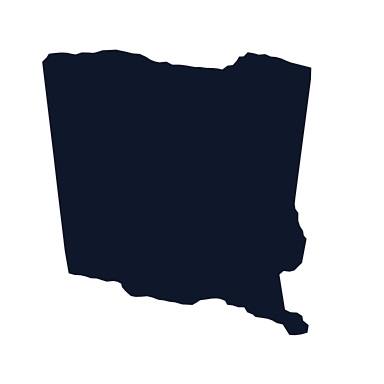 outline of Itapitanga, Bahia, Brazil, rotated 83°
{"feature_id": "56859067B28252352486824", "entity_name": "Itapitanga", "entity_type": "district", "adm_level": 2, "iso_a3": "BRA", "parent_name": "Brazil", "parent_adm1": "Bahia", "projection": "natural_earth1", "projection_center": [-39.607, -14.466], "detail": "fine", "context": "isolated", "style": "filled", "palette": "ink", "viewbox_px": 384, "rotation_deg": 83, "n_neighbors": 0, "source": "geoboundaries", "source_scale": "gbopen_adm2", "svg_char_len": 1627}
<svg xmlns="http://www.w3.org/2000/svg" viewBox="0 0 384 384"><g transform="rotate(83 192 192)"><path d="M83.6,59.3L81.0,66.0L78.1,73.4L76.3,78.2L73.7,83.0L71.1,87.3L69.0,92.3L67.9,97.6L64.8,102.8L64.6,109.1L62.6,113.9L60.9,119.5L64.5,123.9L64.1,128.4L67.4,130.8L71.7,135.7L71.7,141.3L75.0,146.9L73.3,151.5L72.2,156.5L71.3,162.8L69.7,168.7L69.1,173.9L67.9,177.9L66.4,182.6L64.8,189.2L63.9,196.4L60.3,201.6L60.1,208.7L58.9,212.5L56.6,217.1L52.9,221.5L49.3,227.3L47.9,234.3L45.1,241.6L43.5,246.4L42.2,250.1L41.8,256.0L41.2,263.4L42.3,269.2L42.7,273.2L41.8,277.3L40.8,284.5L42.1,290.6L40.8,295.2L39.4,298.9L38.4,304.6L38.1,311.3L38.1,316.9L41.2,319.3L44.9,324.1L85.8,324.2L138.6,324.3L164.8,324.5L191.7,324.6L210.4,324.6L234.8,324.7L257.1,323.6L259.3,318.4L260.3,312.6L262.3,307.1L264.5,302.8L265.5,296.8L269.8,287.5L270.0,280.6L271.3,276.7L273.8,272.8L277.7,272.3L281.2,270.0L284.0,267.7L287.1,264.9L288.5,260.6L289.0,255.3L289.2,249.2L291.1,244.0L294.2,238.1L295.5,232.7L297.4,227.7L298.7,222.1L301.7,215.1L302.6,209.8L303.4,205.5L301.7,201.4L299.6,197.2L299.6,191.4L299.4,185.7L299.8,180.4L300.9,176.5L303.5,171.8L307.6,170.2L308.7,165.4L311.3,159.8L312.1,153.7L317.5,151.3L320.3,146.3L323.0,143.9L324.7,137.8L326.2,132.4L328.4,127.9L331.8,123.3L333.8,117.6L345.0,112.3L345.9,107.2L345.9,101.3L345.0,95.1L338.5,93.3L333.4,98.2L328.8,98.4L325.2,102.8L324.0,109.3L320.4,114.8L284.2,116.1L280.7,110.8L282.2,104.8L281.6,100.2L278.3,96.1L275.3,92.1L252.5,84.8L249.1,87.1L244.3,87.3L239.3,89.7L233.4,90.8L225.9,89.8L221.6,92.2L216.6,92.3L210.8,91.0L94.7,61.0L83.6,59.3Z" fill="#0f172a" stroke="#020617" stroke-width="1.5"/></g></svg>